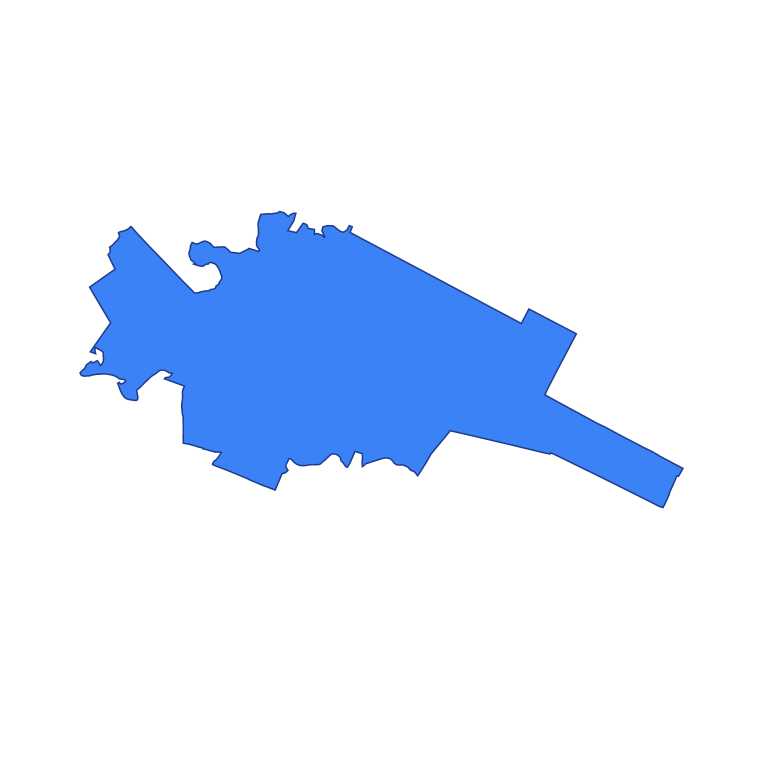 outline of Stoenesti, Giurgiu, Romania, rotated 290°
{"feature_id": "2599482B4424245077125", "entity_name": "Stoenesti", "entity_type": "district", "adm_level": 2, "iso_a3": "ROU", "parent_name": "Romania", "parent_adm1": "Giurgiu", "projection": "mercator", "projection_center": [25.883, 44.12], "detail": "fine", "context": "isolated", "style": "filled", "palette": "blue", "viewbox_px": 768, "rotation_deg": 290, "n_neighbors": 0, "source": "geoboundaries", "source_scale": "gbopen_adm2", "svg_char_len": 6081}
<svg xmlns="http://www.w3.org/2000/svg" viewBox="0 0 768 768"><g transform="rotate(290 384 384)"><path d="M406.9,693.8L410.7,666.5L410.9,666.5L412.3,657.9L413.2,649.2L414.9,636.6L415.9,628.5L417.6,617.0L417.7,615.7L417.9,615.2L418.4,611.1L419.1,606.8L419.7,600.2L420.2,595.8L421.0,590.7L428.8,538.9L433.3,539.2L451.4,541.4L496.9,547.6L504.0,494.5L487.8,492.3L502.8,385.9L514.8,300.3L520.9,300.4L520.9,297.2L516.6,296.6L514.6,295.6L512.6,293.5L512.5,291.4L513.2,288.2L515.0,283.0L515.1,281.5L513.5,276.9L510.8,272.9L506.8,273.2L505.4,274.7L503.9,276.0L502.1,278.0L501.3,277.6L502.6,274.9L502.6,270.6L502.3,269.1L500.8,267.5L505.4,265.8L505.4,265.3L504.4,260.2L504.6,259.1L505.4,258.5L506.7,257.7L507.3,256.5L507.4,256.0L507.4,253.0L496.3,250.0L495.2,241.2L506.2,243.4L514.3,242.8L513.5,240.6L512.2,239.1L511.2,238.3L510.2,237.6L508.7,236.9L510.8,231.2L510.5,229.6L510.5,227.4L510.3,226.8L508.1,225.3L507.6,224.0L505.4,220.0L504.8,218.5L504.5,217.2L501.2,210.1L492.5,210.6L490.6,211.1L488.1,212.4L481.5,214.9L479.5,215.0L477.5,214.8L474.4,215.4L472.3,216.3L471.0,216.7L469.3,218.3L468.1,220.3L467.5,220.8L466.5,221.2L465.8,221.2L465.2,210.7L464.3,210.2L458.1,204.4L457.4,203.3L456.9,201.9L456.5,199.7L455.4,194.9L455.4,194.3L456.8,191.7L458.1,188.0L458.2,187.0L455.7,180.7L454.7,178.9L454.4,177.1L456.9,172.1L457.2,168.4L457.2,167.5L456.7,166.1L455.6,164.7L452.6,161.7L451.2,159.4L451.4,155.3L447.6,154.9L445.3,155.6L440.6,155.9L437.6,157.4L434.3,160.6L433.5,163.6L432.4,165.5L431.6,164.3L431.7,168.8L432.0,171.5L432.7,172.4L432.5,173.4L435.8,175.8L436.5,177.7L437.0,178.0L437.6,177.9L438.2,178.3L438.7,179.1L439.1,180.1L439.0,181.8L439.1,183.6L439.0,184.4L438.7,185.3L437.8,186.7L435.6,189.6L429.6,194.8L427.3,195.5L422.8,194.4L421.0,194.5L418.6,192.6L416.8,193.0L414.9,191.6L413.8,189.2L411.6,187.2L410.3,184.3L407.6,179.7L406.6,178.9L404.6,174.8L406.1,172.0L411.3,160.8L425.2,132.6L433.6,115.3L440.9,100.8L444.1,95.1L445.1,93.1L445.3,92.6L445.1,91.9L444.1,91.6L442.5,90.8L439.2,87.8L438.7,86.8L436.9,84.2L436.2,83.3L435.6,82.8L435.4,82.7L434.9,82.9L433.1,84.6L432.4,84.9L431.8,85.0L431.2,84.9L430.4,84.7L428.6,84.4L426.9,83.6L421.7,81.4L418.7,79.4L416.8,80.6L414.9,81.4L414.4,81.4L413.3,81.3L411.1,80.5L399.9,92.0L374.3,74.2L360.0,91.5L348.0,106.2L313.8,97.0L313.8,102.7L316.0,101.3L317.8,100.4L319.4,99.8L319.2,103.5L318.2,108.3L317.4,109.4L313.8,110.8L313.1,111.3L311.8,111.8L309.6,112.4L308.4,112.4L307.0,112.2L306.0,112.0L304.5,111.4L304.9,110.7L306.9,108.2L307.9,106.7L304.0,102.9L305.0,101.1L300.4,97.9L299.5,97.6L298.2,97.7L296.8,97.5L295.0,96.7L292.5,95.4L290.7,94.6L289.6,95.3L288.5,96.9L288.8,99.4L289.2,100.5L290.0,102.0L290.4,103.4L291.5,105.3L293.0,107.2L294.3,109.7L294.9,110.7L295.8,113.2L296.9,115.4L298.1,118.4L298.7,121.0L299.5,125.9L299.5,127.6L299.2,130.6L299.1,131.1L298.5,133.0L298.4,133.8L298.6,135.1L299.0,136.6L299.2,137.6L299.3,138.2L299.1,138.9L298.6,139.9L298.1,140.4L297.8,140.3L295.7,138.7L294.0,137.2L294.3,136.1L295.0,134.5L293.6,133.5L287.5,138.7L285.2,141.0L284.0,142.7L282.9,144.4L282.3,146.1L282.1,147.5L282.1,149.2L282.4,151.0L283.6,156.3L284.1,157.2L284.7,157.6L285.5,157.7L286.0,157.6L287.2,157.3L288.0,156.9L290.5,155.5L291.7,154.7L292.9,154.0L293.2,153.9L294.0,154.0L296.9,155.7L304.3,159.0L306.3,160.2L308.9,161.3L311.7,162.9L316.4,166.4L318.3,167.4L320.8,169.6L321.0,170.4L321.3,171.3L321.8,172.9L321.7,174.9L321.0,178.4L321.2,179.5L321.6,181.2L320.0,181.2L319.2,180.9L319.1,180.7L318.7,180.5L317.5,180.4L317.3,180.1L316.6,179.0L316.1,178.0L315.3,176.5L314.9,176.2L313.8,175.9L313.8,197.2L310.7,197.0L309.3,197.0L307.7,197.3L305.6,198.0L304.3,198.7L300.2,200.0L297.1,200.5L294.6,201.3L292.5,202.1L287.5,204.5L286.2,205.2L284.3,206.5L282.2,207.4L281.3,207.6L280.8,207.9L279.0,208.5L275.6,209.9L271.6,211.3L268.7,212.5L266.7,212.9L264.0,214.1L261.0,215.1L259.7,215.7L260.6,220.1L260.9,223.3L261.3,228.8L261.3,230.8L261.5,233.1L261.8,234.3L261.9,236.0L261.2,236.0L261.7,240.2L261.7,241.8L262.3,247.8L262.2,247.9L262.5,249.5L262.9,249.9L264.0,253.8L264.0,254.4L262.0,254.1L261.6,254.1L258.0,253.2L255.1,252.0L254.1,251.3L253.2,250.8L252.3,250.5L250.8,250.2L250.3,250.2L249.9,250.3L249.6,250.6L249.4,256.6L249.4,261.3L249.3,266.0L248.4,286.9L248.4,287.3L248.5,287.5L248.2,288.5L247.9,291.1L247.5,300.4L247.3,302.5L247.2,307.3L247.2,307.9L247.3,308.0L247.1,318.0L256.9,318.5L262.5,318.7L264.6,319.0L265.1,319.1L265.3,319.3L266.0,320.7L266.4,321.1L267.9,322.3L268.6,322.7L270.0,323.3L271.6,321.2L272.9,320.2L273.8,319.5L274.3,319.5L279.3,320.1L280.6,320.1L281.3,320.1L281.6,321.2L281.6,322.4L280.6,324.7L279.8,325.9L279.5,326.8L279.3,327.7L278.9,328.7L278.8,329.3L278.8,330.8L278.6,332.2L279.4,335.3L279.9,336.7L281.3,339.5L282.1,340.8L283.4,343.4L285.0,348.0L285.5,349.2L286.1,350.4L286.6,351.1L287.4,351.8L289.8,352.9L292.5,354.6L295.0,355.8L298.1,357.4L299.7,358.4L300.9,359.6L301.0,360.2L301.4,362.1L301.5,363.4L301.2,365.2L300.9,366.0L300.1,367.8L299.5,368.4L297.7,369.5L297.1,370.0L296.4,371.6L295.7,372.8L293.3,376.3L293.5,377.0L293.2,377.8L293.2,378.1L298.6,379.1L307.3,379.6L310.7,379.7L310.8,382.9L311.1,385.7L311.1,386.9L310.9,387.5L309.6,388.2L307.0,389.1L304.0,389.9L300.9,391.0L299.0,391.9L299.5,392.4L302.4,394.0L303.5,394.9L304.1,395.9L306.8,399.2L311.1,404.9L313.3,407.6L313.8,408.6L314.1,409.2L314.5,409.6L315.2,410.9L315.5,412.2L315.8,414.0L316.0,414.5L315.6,416.1L314.9,417.9L314.3,419.0L313.3,420.2L312.7,422.1L312.5,423.1L312.6,424.6L313.8,428.1L314.1,428.7L314.3,429.6L314.4,430.9L314.2,433.1L314.1,434.4L313.8,435.5L312.6,437.5L312.1,439.3L312.0,440.1L312.0,441.4L311.8,442.9L311.4,443.8L310.4,445.1L309.3,446.9L311.3,447.6L313.9,448.2L325.3,450.6L334.4,452.2L362.9,462.3L362.9,463.6L365.7,485.8L370.3,524.5L374.1,558.1L375.0,564.1L376.1,564.1L376.3,566.4L374.7,582.0L372.6,601.1L371.6,611.3L369.7,627.9L368.8,636.3L368.7,637.1L365.5,664.7L365.3,666.6L364.7,671.8L363.1,685.1L363.4,688.5L364.5,688.4L366.2,688.9L367.3,689.0L376.8,689.7L378.1,689.7L380.0,689.4L389.1,690.2L397.7,690.6L397.9,690.8L398.0,691.1L398.0,692.1L398.1,692.3L400.1,692.7L406.9,693.8Z" fill="#3b82f6" stroke="#1e3a8a" stroke-width="1.5"/></g></svg>